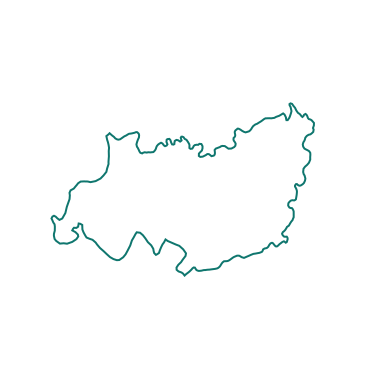 Valozhyn, Minsk, Belarus (orthographic projection), rotated 325°
{"feature_id": "67162791B19881563690612", "entity_name": "Valozhyn", "entity_type": "district", "adm_level": 2, "iso_a3": "BLR", "parent_name": "Belarus", "parent_adm1": "Minsk", "projection": "orthographic", "projection_center": [26.67, 54.05], "detail": "fine", "context": "isolated", "style": "outline", "palette": "teal", "viewbox_px": 384, "rotation_deg": 325, "n_neighbors": 0, "source": "geoboundaries", "source_scale": "gbopen_adm2", "svg_char_len": 5708}
<svg xmlns="http://www.w3.org/2000/svg" viewBox="0 0 384 384"><g transform="rotate(325 192 192)"><path d="M291.2,247.4L292.6,246.0L293.7,243.0L293.7,241.6L294.5,239.4L296.7,236.9L299.1,236.1L301.9,235.8L304.6,235.1L307.4,233.3L308.9,231.1L310.3,229.4L311.3,227.8L311.4,225.9L310.7,224.2L309.7,222.4L309.0,220.9L309.1,218.6L310.0,216.6L311.7,215.2L313.6,214.4L315.0,213.4L316.0,212.5L318.2,211.9L320.3,212.0L322.1,212.7L324.1,212.6L325.8,212.3L327.4,210.7L327.8,209.0L330.0,207.4L331.5,205.4L331.4,204.2L331.1,201.7L330.6,200.6L329.5,199.2L329.4,197.9L329.9,196.2L330.1,194.9L329.8,193.2L328.5,193.0L327.9,193.1L327.2,193.6L325.5,193.9L325.2,193.0L325.1,191.3L325.0,190.1L324.6,188.9L324.2,187.9L324.2,185.1L324.3,184.4L324.7,182.2L324.5,179.7L324.5,177.2L323.5,175.9L322.3,175.9L321.7,176.9L321.5,178.9L319.9,182.8L318.3,184.2L316.3,185.7L314.4,187.0L311.6,188.0L310.6,187.3L311.1,185.9L311.7,184.9L312.0,183.1L312.2,181.6L311.7,179.9L310.0,179.8L307.2,179.6L304.0,178.7L302.0,178.5L299.2,177.1L297.5,175.8L294.4,173.8L292.9,173.6L290.1,173.7L288.7,173.7L285.9,173.5L284.7,173.5L282.6,173.0L280.0,173.1L278.2,173.7L276.7,174.4L275.0,174.9L273.4,175.0L270.1,173.9L269.1,172.6L268.1,170.6L267.5,168.8L266.5,166.9L265.6,166.2L264.6,166.4L263.7,166.4L262.8,166.5L261.7,167.1L261.0,168.0L260.5,169.3L260.0,170.3L259.3,171.0L258.1,171.5L257.1,171.6L256.2,172.6L255.7,173.8L255.7,176.2L255.4,177.6L254.0,179.0L252.3,179.4L249.2,179.0L246.7,177.4L245.9,175.1L245.2,173.2L243.2,171.6L241.9,171.2L240.7,171.2L237.6,170.4L236.4,170.1L234.6,170.6L233.8,172.1L233.1,173.3L232.0,174.4L230.7,174.7L228.5,173.8L228.0,171.9L227.5,170.6L226.3,169.7L224.4,169.7L221.1,169.2L218.9,168.0L218.3,166.4L219.7,164.5L221.6,164.1L223.9,163.7L225.7,162.2L226.9,160.5L227.2,158.1L225.7,156.8L224.1,156.9L223.0,156.0L221.2,155.2L219.8,155.3L218.2,156.2L217.1,156.6L215.5,155.8L215.1,154.5L216.1,153.1L216.8,152.2L217.2,151.0L217.4,148.8L217.4,146.1L216.5,144.3L216.5,142.2L215.7,141.0L215.0,140.6L213.9,141.1L213.5,142.2L213.0,143.8L212.2,143.9L211.2,143.9L210.9,143.4L210.7,142.5L210.2,141.5L209.1,140.4L208.0,140.3L207.2,140.3L205.9,141.5L205.1,142.6L204.1,142.6L203.0,141.6L203.3,139.5L203.8,138.1L204.1,136.8L203.9,135.5L202.2,134.6L201.3,134.6L199.8,136.3L199.6,137.3L199.2,138.9L197.8,139.4L196.2,139.0L195.7,137.7L195.7,136.3L195.6,135.2L194.9,133.9L193.1,133.7L191.5,133.7L189.6,134.2L188.4,134.9L187.3,135.8L186.0,136.5L184.3,137.0L183.2,137.1L180.5,135.6L178.9,134.3L177.6,133.8L176.0,132.3L174.4,131.8L173.3,131.8L172.2,130.3L172.2,128.7L172.5,127.3L172.9,124.8L172.9,123.3L173.8,121.1L175.6,119.6L177.7,118.1L179.8,116.9L181.3,115.1L181.8,113.6L181.4,111.6L180.6,110.9L178.9,110.5L177.1,109.8L175.9,109.3L173.8,108.2L172.1,108.0L170.8,108.0L168.5,107.6L165.9,107.6L163.4,107.6L161.7,106.9L160.8,105.9L159.9,104.1L159.7,102.2L158.9,99.6L158.2,96.6L156.6,96.9L153.9,97.1L152.4,100.7L151.7,103.0L150.7,105.5L149.4,108.2L147.3,110.7L144.4,115.1L140.8,119.5L139.7,121.2L135.9,124.1L133.4,126.4L129.0,127.7L124.8,128.5L119.3,127.8L114.5,125.7L112.6,123.6L109.5,121.3L106.8,119.6L103.8,119.5L101.5,120.2L99.9,120.6L97.1,121.4L93.5,121.0L91.2,122.4L90.0,124.7L87.6,127.6L80.9,132.4L76.2,136.6L74.1,137.6L70.5,139.3L67.4,138.8L66.6,136.3L66.2,134.0L65.3,132.3L63.6,132.1L61.7,133.1L61.5,134.6L60.9,137.5L60.9,139.6L59.8,141.7L57.4,145.0L54.9,147.1L54.1,148.2L53.8,148.6L52.5,151.7L52.7,154.2L54.2,158.5L57.5,160.4L60.0,162.7L65.3,164.2L70.3,164.3L73.3,163.2L74.1,161.4L73.5,158.0L71.9,154.8L73.3,154.0L74.8,153.6L76.7,155.1L78.8,155.1L81.1,152.8L82.2,153.9L83.2,156.0L80.7,159.9L80.0,162.9L79.6,166.5L79.5,168.8L81.2,171.5L83.1,174.1L84.1,178.1L84.1,180.4L84.5,185.0L85.7,189.9L86.5,193.9L87.5,198.3L89.2,201.9L91.3,204.7L93.4,206.0L98.2,206.0L101.8,205.0L105.6,203.1L110.7,200.4L115.0,197.2L118.1,195.8L121.5,194.1L123.6,193.3L126.1,195.6L127.0,199.2L127.2,203.2L127.1,207.8L128.0,212.3L127.7,216.3L126.7,218.4L126.0,220.3L126.4,222.8L128.1,223.0L130.0,223.0L132.1,221.4L135.1,219.5L137.8,218.0L140.2,217.2L143.1,215.7L144.0,218.2L146.1,221.6L148.6,225.7L150.7,228.8L151.9,233.9L151.9,238.8L150.0,240.7L145.6,242.1L142.8,243.2L139.0,243.8L136.0,245.0L134.8,246.9L135.4,249.3L137.3,252.0L137.9,253.8L138.0,256.2L140.2,255.9L142.8,255.8L144.2,255.7L146.8,255.3L148.7,254.8L150.1,254.8L151.0,255.6L150.9,256.8L150.9,258.6L152.0,260.3L153.2,261.1L154.7,261.9L156.8,262.7L158.2,263.6L160.0,264.5L161.6,265.5L164.5,267.0L166.8,268.2L168.7,269.0L170.1,269.2L172.0,269.0L173.3,268.5L175.1,267.7L176.7,267.2L178.5,267.1L181.0,268.7L182.4,269.2L184.3,269.3L187.9,269.2L189.2,269.3L192.4,270.0L194.0,271.1L194.8,272.6L195.2,273.7L196.8,275.8L197.8,276.0L199.8,276.4L202.1,276.9L204.3,277.3L206.8,277.9L209.0,279.0L210.8,279.8L212.3,280.5L214.3,281.0L215.2,281.1L216.4,280.5L217.3,279.8L219.0,279.9L220.6,280.6L221.5,280.8L223.0,280.6L225.1,279.6L226.9,279.1L228.4,279.5L228.9,280.3L229.1,282.9L229.3,284.4L230.3,285.3L231.6,285.3L232.8,285.1L233.9,284.9L234.9,284.9L236.5,284.8L237.5,284.8L239.0,285.1L239.4,286.0L239.7,287.3L240.8,287.4L241.7,286.8L243.4,285.4L244.0,284.1L244.0,282.9L243.0,282.3L241.9,281.5L241.5,279.6L241.8,277.9L243.3,277.0L244.9,276.9L246.5,276.6L248.2,275.9L249.8,275.1L252.1,275.1L254.6,273.9L256.3,273.2L258.2,272.7L259.0,272.1L260.8,271.0L261.8,269.6L263.4,267.3L264.2,266.1L264.7,264.1L264.6,262.5L263.5,261.6L262.9,260.6L262.9,259.1L263.1,258.1L264.5,256.5L265.6,256.1L267.1,255.8L268.4,255.8L269.8,256.5L270.8,257.5L272.0,257.7L272.9,257.6L274.3,256.2L275.5,255.0L276.6,253.8L278.1,252.0L278.8,250.7L279.3,248.8L279.5,246.6L280.2,245.7L281.7,245.2L282.5,245.7L282.8,247.1L283.5,248.4L284.7,249.0L286.5,249.1L287.2,249.1L288.9,248.8L291.1,247.5L291.2,247.4Z" fill="none" stroke="#0f766e" stroke-width="2"/></g></svg>